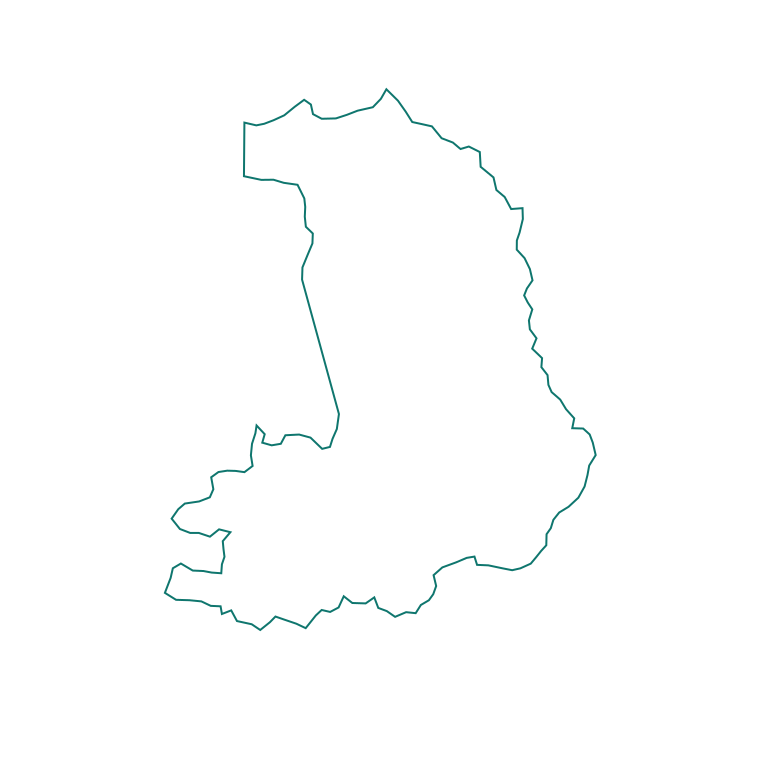 outline of Monte Carlo, Santa Catarina, Brazil, rotated 111°
{"feature_id": "56859067B19994928117719", "entity_name": "Monte Carlo", "entity_type": "district", "adm_level": 2, "iso_a3": "BRA", "parent_name": "Brazil", "parent_adm1": "Santa Catarina", "projection": "orthographic", "projection_center": [-50.914, -27.197], "detail": "fine", "context": "isolated", "style": "outline", "palette": "teal", "viewbox_px": 768, "rotation_deg": 111, "n_neighbors": 0, "source": "geoboundaries", "source_scale": "gbopen_adm2", "svg_char_len": 2302}
<svg xmlns="http://www.w3.org/2000/svg" viewBox="0 0 768 768"><g transform="rotate(111 384 384)"><path d="M652.4,476.6L653.2,466.2L650.1,456.9L656.8,452.9L650.1,445.5L658.0,436.3L655.7,421.4L658.0,411.4L647.2,405.1L640.0,402.0L639.7,392.7L639.2,379.9L640.0,369.6L631.8,367.0L624.5,364.7L617.3,361.2L616.1,352.6L608.9,346.3L596.6,345.5L599.8,335.1L595.4,322.5L586.7,316.6L595.1,309.1L595.0,300.0L597.4,290.2L589.1,281.6L586.6,272.3L577.1,270.4L569.8,264.6L562.6,262.7L553.9,262.9L544.7,269.2L534.3,263.8L524.8,252.9L516.7,244.5L512.7,237.7L519.5,232.3L515.9,221.6L513.6,207.3L511.9,197.6L507.2,190.6L499.1,182.6L490.9,179.8L483.6,177.5L476.4,174.7L466.0,178.4L458.8,176.6L450.1,177.2L441.2,174.4L432.5,167.7L420.5,161.8L407.8,160.0L396.1,161.4L386.6,163.2L374.5,160.9L363.9,168.1L357.4,173.9L354.2,182.1L357.8,192.4L347.9,194.1L342.3,205.0L335.4,213.9L331.5,224.6L325.9,230.2L317.1,234.5L311.9,243.1L303.2,245.7L297.9,258.3L286.7,258.0L280.7,267.4L272.7,271.5L261.2,272.3L256.4,279.0L251.1,284.9L243.6,284.8L234.0,282.5L224.4,289.0L216.1,297.9L211.0,308.2L202.4,311.4L194.0,311.7L180.2,313.5L170.2,317.7L175.1,328.0L166.2,338.3L162.6,348.6L151.9,355.8L146.6,371.6L133.1,377.7L131.9,389.9L137.2,396.8L133.9,406.2L133.9,418.3L126.3,431.6L127.9,442.4L129.3,451.5L122.0,461.3L114.5,472.5L108.0,487.4L118.9,489.1L129.6,493.6L138.3,506.6L146.0,515.1L153.3,524.1L158.7,537.2L157.5,547.0L149.3,552.4L147.3,560.4L157.2,566.7L168.9,573.4L177.3,581.6L184.0,589.1L188.3,595.9L190.0,608.0L240.2,589.2L237.4,571.7L232.9,560.4L232.1,549.7L229.0,536.1L239.3,524.9L246.9,521.0L256.2,517.9L265.2,513.3L269.0,504.4L278.4,501.2L291.3,501.6L304.4,501.9L315.9,497.9L428.2,415.3L442.9,411.9L453.7,412.4L462.1,411.9L466.7,418.5L460.4,433.4L461.6,445.1L467.2,457.7L476.8,458.9L481.5,466.9L482.4,476.6L473.6,477.4L468.4,488.1L476.1,486.4L487.1,485.8L498.3,482.7L507.6,477.3L516.3,482.7L518.3,491.3L521.1,499.3L525.5,507.0L533.0,511.9L543.4,505.6L552.2,506.0L559.9,514.5L567.0,527.1L574.6,531.2L585.8,534.0L592.5,522.6L592.5,511.6L589.4,503.5L588.9,491.8L578.8,485.9L577.4,474.3L588.5,478.2L595.6,474.7L602.5,471.0L610.4,470.7L619.0,468.1L621.8,477.3L623.3,485.5L626.7,495.7L624.4,509.3L631.7,515.1L641.5,513.7L649.6,513.7L657.5,513.7L660.0,500.8L655.6,488.2L652.4,476.6Z" fill="none" stroke="#0f766e" stroke-width="2"/></g></svg>